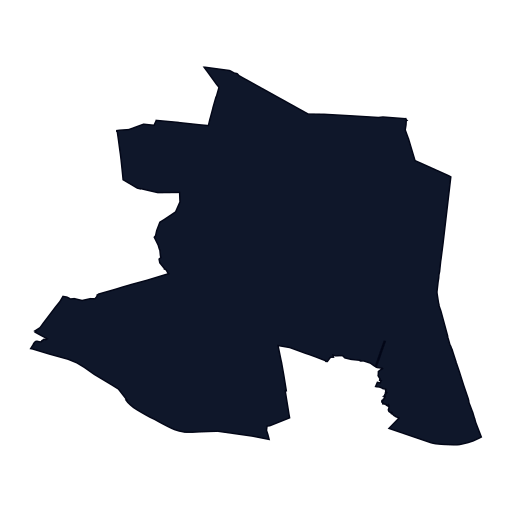 outline of Aizkraukles pag., Aizkraukles, Latvia
{"feature_id": "27541924B10517585408275", "entity_name": "Aizkraukles pag.", "entity_type": "district", "adm_level": 2, "iso_a3": "LVA", "parent_name": "Latvia", "parent_adm1": "Aizkraukles", "projection": "equal_earth", "projection_center": [25.231, 56.65], "detail": "fine", "context": "isolated", "style": "filled", "palette": "ink", "viewbox_px": 512, "rotation_deg": 0, "n_neighbors": 0, "source": "geoboundaries", "source_scale": "gbopen_adm2", "svg_char_len": 5668}
<svg xmlns="http://www.w3.org/2000/svg" viewBox="0 0 512 512"><path d="M405.8,118.6L405.0,118.7L382.9,117.0L378.4,117.5L352.4,115.9L324.3,114.3L308.2,114.1L287.3,102.5L275.2,95.8L242.2,77.5L239.6,76.0L239.1,75.8L238.9,75.6L237.4,73.9L237.1,73.7L236.9,73.6L236.1,73.4L234.7,73.2L234.3,73.1L230.9,71.2L229.9,70.7L229.2,70.5L204.8,67.2L204.1,67.2L205.8,69.5L206.6,70.6L206.8,70.8L217.0,84.9L217.3,85.1L219.0,87.4L216.3,96.9L216.0,97.0L212.9,107.9L212.9,108.2L210.1,118.7L210.0,118.8L208.4,125.6L199.5,124.8L178.1,122.5L178.1,122.4L156.2,120.4L156.1,120.9L154.4,124.5L154.3,125.1L154.1,125.3L143.6,124.2L128.8,129.6L120.0,130.2L119.8,130.2L116.8,130.6L116.8,131.4L117.2,131.6L117.3,131.7L118.5,140.1L119.8,149.9L120.4,154.0L121.1,159.9L122.1,169.4L123.1,179.4L123.1,179.7L137.3,188.1L140.5,188.9L140.7,188.6L149.1,190.6L157.8,192.6L179.6,192.4L180.0,201.9L178.1,206.2L175.6,211.9L164.0,219.7L159.9,222.2L156.7,230.6L155.6,235.7L154.3,237.2L158.2,245.1L159.3,248.9L159.9,250.2L160.4,255.3L160.7,256.8L160.9,257.1L160.9,257.6L160.8,257.8L160.5,257.9L159.1,259.1L159.8,262.8L164.7,268.9L164.6,269.1L165.5,269.3L165.7,269.5L166.6,270.6L167.3,271.9L168.1,273.2L168.6,273.7L162.6,275.5L146.9,280.3L131.3,284.5L129.0,285.2L122.4,287.1L116.7,288.9L112.6,290.1L104.1,292.5L98.5,294.1L97.7,295.0L97.3,294.9L96.9,296.3L96.5,297.0L94.9,298.8L90.3,298.7L82.1,300.5L74.2,298.6L72.7,298.8L71.3,298.9L71.1,299.0L70.4,299.0L69.1,298.2L68.1,297.7L66.9,297.1L63.0,296.4L60.0,301.5L56.3,306.1L55.4,307.2L49.6,314.9L43.2,323.3L41.3,326.0L40.0,327.7L34.8,331.0L36.0,331.6L35.3,332.3L47.5,338.9L47.4,339.0L45.8,339.7L45.4,339.6L44.8,339.4L43.8,339.4L43.5,339.4L43.4,339.5L43.1,339.8L43.1,340.0L42.9,340.5L42.7,340.6L42.4,340.6L42.0,340.6L41.8,340.8L41.6,341.2L41.5,341.5L41.2,341.8L39.9,341.9L38.5,341.6L37.4,341.3L36.1,341.3L35.5,341.6L35.2,341.9L34.6,342.3L34.5,342.5L33.9,343.3L33.6,343.5L33.6,343.8L33.9,344.0L33.8,344.5L33.4,344.4L33.2,344.6L33.1,344.8L30.7,348.6L32.4,348.9L49.2,354.0L68.0,359.2L76.8,362.8L84.4,367.4L94.3,374.4L112.0,385.0L118.4,389.0L126.8,399.8L126.0,400.0L127.8,402.4L130.4,404.9L133.5,407.5L137.4,410.0L141.3,412.3L146.0,415.0L150.0,417.2L154.7,419.4L158.6,421.6L162.5,423.7L167.7,426.4L171.6,428.3L174.6,429.6L179.1,431.0L181.7,431.5L184.5,432.1L186.7,432.2L189.1,432.2L192.3,432.2L199.5,431.8L210.9,431.4L217.7,431.2L252.4,436.1L269.1,439.4L267.8,434.4L266.5,430.4L267.0,426.1L269.9,425.7L282.4,420.7L289.6,417.8L288.9,413.9L288.4,410.7L285.2,390.9L286.3,390.8L283.8,375.3L281.5,362.3L281.0,360.2L279.9,354.8L278.0,345.5L282.0,346.2L289.6,347.5L290.8,347.9L305.5,353.3L309.5,354.6L316.3,357.1L325.3,360.6L325.8,361.4L327.3,361.5L330.2,357.6L331.2,357.2L333.5,357.2L332.9,355.0L335.5,355.8L336.9,355.8L338.0,355.7L342.5,355.6L344.9,357.9L351.1,359.4L360.1,360.3L360.3,361.0L363.6,360.9L370.3,363.1L374.7,366.2L375.3,366.4L378.3,358.1L378.6,357.1L379.0,356.0L381.0,350.2L381.8,347.9L384.2,341.3L385.2,341.5L381.3,352.5L379.2,358.7L379.1,359.2L378.2,361.3L377.7,362.8L376.4,366.4L376.2,367.2L377.6,367.6L379.5,367.8L380.8,368.0L382.0,368.4L382.4,368.3L382.6,368.6L380.8,369.7L378.4,371.5L378.3,374.3L378.1,375.7L378.7,376.7L380.0,378.8L379.8,379.4L380.0,379.4L379.7,380.4L381.3,380.7L380.1,383.0L377.4,382.3L375.7,386.3L375.6,386.5L377.0,386.8L377.1,386.7L378.7,386.9L380.1,387.2L381.0,387.6L381.8,387.9L382.6,388.5L383.6,388.8L385.2,388.8L385.4,388.9L385.4,389.1L385.8,389.4L385.4,389.6L385.5,389.8L385.7,391.1L385.8,391.2L385.7,391.4L385.7,391.6L385.8,391.8L386.0,392.0L386.4,392.3L385.9,392.4L385.4,392.7L385.4,392.9L385.5,393.0L385.7,392.9L385.9,392.8L386.0,392.7L386.1,392.8L386.3,392.9L386.5,393.2L386.3,393.4L386.0,393.7L385.9,393.9L385.5,394.1L385.2,394.1L384.9,394.3L385.0,394.6L385.0,394.8L384.8,394.9L384.7,395.5L383.8,396.2L385.0,396.4L385.2,396.5L385.0,397.0L384.7,397.2L384.6,397.8L384.2,397.9L384.1,398.0L384.3,398.4L384.3,398.5L383.9,399.0L383.7,399.1L383.4,399.2L383.4,399.4L383.4,399.5L383.5,399.8L383.4,400.0L383.1,400.0L382.8,400.1L382.7,400.0L382.3,400.2L382.3,400.3L382.3,400.6L381.8,400.9L381.8,401.0L382.1,401.0L382.2,401.4L382.2,401.5L381.9,402.0L382.0,402.1L382.1,402.3L382.5,402.4L382.6,402.5L383.0,402.8L383.2,403.3L383.1,403.5L382.7,403.5L382.7,403.8L383.0,403.8L383.3,403.7L383.5,403.9L384.4,404.1L384.5,404.1L384.5,403.8L384.9,403.8L385.6,404.2L385.8,404.3L386.1,404.5L386.3,404.6L386.7,404.6L386.7,405.0L386.5,405.3L387.7,405.8L388.1,406.2L388.6,404.8L388.9,405.3L389.1,406.1L389.1,406.4L389.2,407.3L389.0,407.8L388.5,409.2L388.3,409.7L388.4,410.1L388.7,410.8L388.9,411.4L389.5,411.9L390.4,412.4L390.7,412.6L391.8,412.3L392.1,412.5L392.0,412.8L391.7,413.0L391.4,413.6L392.7,414.2L393.1,414.6L393.4,415.0L394.5,415.9L394.9,415.9L395.4,416.2L395.5,416.5L396.1,416.8L396.3,416.9L397.2,417.2L397.4,417.3L397.9,417.6L399.0,417.7L399.3,417.6L399.6,417.5L389.0,428.4L430.9,442.7L432.9,443.2L435.4,443.7L439.4,444.1L443.4,444.4L448.6,444.6L454.0,444.8L456.9,444.8L459.3,444.6L462.1,444.0L468.0,442.6L473.2,440.9L479.2,438.1L481.3,437.0L475.7,422.5L475.3,421.1L474.7,418.7L474.4,418.1L472.6,412.0L472.4,411.7L470.1,405.6L469.1,403.1L468.7,401.2L468.7,400.7L468.2,398.7L463.6,385.2L459.3,371.6L456.5,363.4L456.0,363.0L456.1,362.1L452.9,352.2L452.3,350.2L452.1,350.5L451.8,349.3L450.8,346.4L449.8,344.5L449.4,342.9L448.3,339.0L447.4,336.4L447.7,336.2L440.9,311.1L439.0,305.7L439.0,305.4L439.0,304.8L438.5,302.8L437.0,293.0L437.0,291.4L438.1,281.7L438.7,278.0L438.9,274.9L439.6,271.5L440.7,261.0L441.0,259.2L443.0,243.7L450.8,176.9L449.0,175.9L415.0,160.6L411.2,147.9L408.4,138.5L408.3,138.4L405.2,129.9L406.0,124.9L406.2,120.6L406.9,120.4L406.7,120.2L406.3,119.7L406.0,119.2L405.8,118.6Z" fill="#0f172a" stroke="#020617" stroke-width="1.5"/></svg>